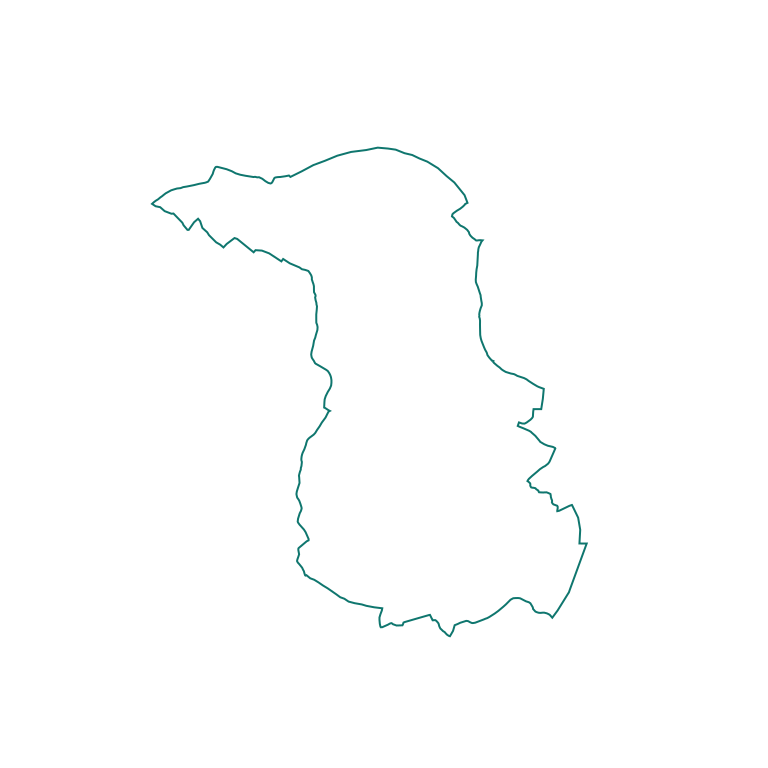 the district of Concordia, Magdalena, Colombia, rotated 50°
{"feature_id": "7082276B98698939167596", "entity_name": "Concordia", "entity_type": "district", "adm_level": 2, "iso_a3": "COL", "parent_name": "Colombia", "parent_adm1": "Magdalena", "projection": "natural_earth1", "projection_center": [-74.777, 10.231], "detail": "fine", "context": "isolated", "style": "outline", "palette": "teal", "viewbox_px": 768, "rotation_deg": 50, "n_neighbors": 0, "source": "geoboundaries", "source_scale": "gbopen_adm2", "svg_char_len": 6118}
<svg xmlns="http://www.w3.org/2000/svg" viewBox="0 0 768 768"><g transform="rotate(50 384 384)"><path d="M96.9,445.9L101.0,444.7L104.7,441.8L110.6,440.9L116.9,437.4L118.1,435.7L130.8,434.8L133.6,435.5L139.6,435.5L140.4,434.5L138.0,425.5L137.9,420.2L141.1,420.2L147.7,422.8L154.2,421.9L157.5,422.4L167.6,421.5L172.0,419.9L176.2,419.2L175.6,414.5L176.1,404.7L178.5,403.2L199.3,399.2L198.9,396.4L203.3,391.8L210.1,388.0L224.1,383.8L223.4,380.9L231.0,378.6L240.4,373.8L243.3,373.1L245.7,371.2L247.6,370.0L248.8,369.3L251.5,369.5L254.0,369.9L255.9,370.7L257.7,372.2L258.7,372.5L259.8,373.0L262.0,373.8L264.0,374.8L266.8,377.1L268.7,378.6L271.6,379.2L272.6,379.8L273.4,381.1L274.8,381.9L275.8,382.5L278.3,383.6L279.7,384.6L281.4,385.4L284.0,387.9L287.2,391.2L291.5,394.8L293.6,396.5L295.7,397.2L297.7,398.3L299.8,400.3L302.7,404.7L304.3,406.9L305.8,409.7L309.2,413.7L312.7,418.7L314.6,420.8L315.9,421.6L317.4,422.4L319.4,422.7L320.9,422.8L322.7,423.2L323.7,423.4L324.5,423.3L329.3,421.5L336.2,419.1L338.1,418.7L340.8,419.0L342.8,419.5L344.8,420.3L347.3,421.8L349.3,423.5L351.2,425.5L352.7,428.4L354.0,432.3L355.8,436.4L357.6,439.3L359.6,441.3L363.6,445.0L364.6,444.5L368.3,443.4L369.8,442.8L369.5,444.2L370.4,446.4L372.1,450.3L373.6,456.5L375.0,460.4L376.2,464.9L377.3,468.1L377.6,470.4L377.3,475.6L377.4,477.3L377.8,479.1L379.3,481.5L380.4,482.9L382.8,487.0L384.4,490.5L385.3,492.0L386.4,493.5L387.6,494.8L388.5,495.7L389.5,496.4L390.9,497.0L392.0,498.1L393.8,500.0L394.9,501.7L396.1,502.8L397.2,504.8L398.3,506.4L398.8,507.1L399.7,508.2L400.6,508.7L405.5,512.3L408.7,517.4L410.4,520.0L412.0,521.8L413.4,522.6L415.2,523.5L417.5,523.7L419.1,524.0L421.9,525.0L425.5,526.5L426.5,527.2L427.8,529.1L428.9,531.7L432.0,536.5L434.0,538.6L435.0,538.9L437.5,539.1L444.0,538.9L447.1,539.3L454.3,541.4L455.3,542.3L454.8,544.3L454.8,554.8L455.2,555.6L456.2,556.4L459.9,558.5L461.1,560.4L462.7,563.1L463.7,564.4L465.3,564.8L467.2,564.7L472.1,564.8L474.3,565.4L475.9,565.7L478.0,566.7L479.9,567.4L480.4,567.2L480.6,566.3L485.4,565.4L489.1,563.3L493.3,561.9L499.3,560.2L504.3,558.5L514.6,555.7L519.2,554.6L523.0,552.4L527.9,551.0L533.0,547.4L538.6,542.7L542.6,540.1L548.8,535.0L554.7,529.5L556.1,531.2L558.0,534.6L559.9,537.5L561.8,539.1L565.1,541.4L567.6,542.7L568.3,542.8L569.2,541.6L570.9,535.7L571.3,533.5L571.9,532.1L572.7,531.7L573.7,531.6L577.1,529.6L578.6,527.7L580.7,525.0L580.3,524.0L579.3,522.4L579.6,521.3L582.3,515.2L584.6,510.0L589.9,498.1L590.4,497.2L592.5,497.7L595.7,498.5L595.7,498.3L596.5,498.4L597.7,496.6L598.8,496.2L600.7,496.1L602.0,496.1L603.1,496.4L604.9,497.3L606.6,497.8L607.6,498.0L609.1,497.8L611.3,497.6L613.0,497.0L614.8,497.0L616.9,496.8L618.9,496.1L619.6,495.6L617.5,489.8L614.2,484.9L615.2,481.9L615.9,479.1L618.3,473.3L619.1,472.5L619.9,471.9L621.8,471.2L623.4,470.4L624.2,469.7L624.7,468.9L625.5,467.5L628.5,458.9L629.0,457.2L629.7,455.4L630.2,452.9L631.0,446.8L631.3,442.4L631.3,435.6L631.2,432.4L630.6,425.8L630.9,424.1L631.2,422.7L632.5,420.9L633.6,419.5L634.8,418.2L635.8,417.4L641.8,414.9L644.3,413.3L646.1,412.8L650.4,413.5L651.4,413.9L652.1,414.4L655.6,414.3L656.9,413.7L658.6,412.6L659.9,411.3L661.2,409.4L662.1,408.3L664.3,406.7L666.2,405.8L667.5,405.4L671.2,405.3L669.1,396.6L662.6,376.8L662.6,376.5L660.8,373.5L653.5,360.8L636.5,331.3L631.8,336.8L621.8,327.4L611.2,321.2L598.1,317.9L598.1,318.0L597.4,317.9L596.5,320.3L593.7,331.3L592.8,333.0L592.5,332.8L590.7,330.7L589.6,329.8L588.6,329.6L585.1,331.6L583.7,331.7L582.5,331.4L581.8,330.5L581.0,330.0L580.1,329.8L577.8,328.8L576.4,327.8L575.2,327.2L573.1,328.2L571.5,329.1L570.0,331.0L569.7,331.5L567.8,333.6L566.6,334.8L565.8,334.7L564.8,334.3L562.5,335.0L561.2,335.0L559.8,336.0L558.7,337.1L557.8,337.7L556.9,337.6L555.9,337.3L554.9,336.4L554.1,335.9L552.0,336.1L550.6,336.5L550.2,335.6L549.8,334.0L549.6,329.9L549.6,322.9L549.5,319.3L549.9,315.5L550.4,313.3L550.5,309.4L549.9,307.1L543.5,294.2L543.0,294.1L540.7,295.1L536.6,298.2L533.1,300.0L529.6,301.2L528.9,301.5L527.4,301.4L521.0,301.4L515.8,302.2L515.1,302.2L513.1,302.9L507.5,305.7L504.0,307.6L502.1,308.5L500.2,305.3L503.0,303.6L504.7,301.8L505.2,299.5L505.5,294.7L505.3,292.5L504.8,291.0L501.2,287.6L499.4,285.6L504.3,279.7L497.5,271.9L490.4,264.7L485.9,267.3L484.2,268.1L479.6,269.7L474.7,271.2L472.1,271.8L469.5,272.9L463.4,276.7L461.4,277.4L459.8,278.2L457.5,280.1L453.0,283.0L450.2,284.0L448.4,284.5L445.7,284.8L442.9,285.5L438.5,286.2L437.4,286.2L436.8,285.4L436.4,285.7L435.6,286.0L435.5,286.3L431.7,286.4L428.5,286.2L425.9,285.1L422.7,284.5L420.0,283.7L413.7,281.6L411.2,280.5L408.3,278.8L402.8,274.4L400.1,272.2L397.2,269.7L395.3,268.5L393.7,267.9L393.1,267.1L391.9,266.3L390.8,265.1L389.7,263.7L388.1,261.3L386.6,258.5L384.9,257.1L382.9,256.0L379.4,253.9L378.0,252.9L376.1,252.2L371.9,250.5L369.7,249.6L367.2,248.9L365.0,248.1L363.0,246.6L360.6,244.2L358.0,241.8L355.6,239.3L353.2,236.4L345.2,228.9L343.5,227.4L342.8,226.5L341.5,225.2L340.2,223.5L339.0,220.8L337.6,217.9L337.3,216.2L335.9,217.6L334.8,219.0L334.0,220.3L333.2,221.2L331.3,221.5L328.8,222.2L326.4,222.4L325.6,222.4L323.7,222.1L322.4,221.4L319.4,221.2L315.8,221.9L313.5,222.8L311.9,223.6L310.4,223.8L308.1,223.8L306.4,224.2L304.9,224.0L301.6,223.7L299.3,224.2L298.0,222.5L297.8,221.1L298.1,216.9L298.7,213.0L298.8,209.6L298.6,207.1L298.3,206.2L298.9,203.6L291.1,200.9L274.8,200.6L265.0,202.4L253.4,203.9L241.5,207.9L234.0,211.9L226.7,215.2L220.4,219.9L212.0,224.4L206.2,229.6L198.9,236.9L193.3,247.3L185.1,260.0L179.1,273.0L175.0,285.9L170.9,297.4L168.2,310.3L165.2,322.6L163.2,322.8L161.4,326.1L158.8,330.3L157.0,332.7L155.9,334.6L155.8,335.7L157.5,339.6L157.8,341.1L157.4,342.1L155.5,343.4L152.3,344.5L148.6,345.3L145.3,346.8L144.2,348.3L142.4,349.6L141.6,350.9L135.4,356.3L131.3,359.6L127.3,362.2L123.2,363.8L118.3,366.5L111.3,371.5L110.5,372.1L110.0,372.7L109.7,373.2L109.7,374.1L110.8,376.7L111.6,378.1L113.0,380.2L115.0,385.5L115.9,388.6L115.3,390.5L114.7,391.9L111.9,396.8L109.4,401.9L106.0,408.1L104.1,411.3L103.2,413.9L101.2,416.9L99.9,419.9L98.8,422.6L97.6,428.7L97.5,431.5L97.5,433.2L97.3,435.3L97.3,438.4L96.9,441.0L96.8,443.5L96.9,445.9Z" fill="none" stroke="#0f766e" stroke-width="2"/></g></svg>